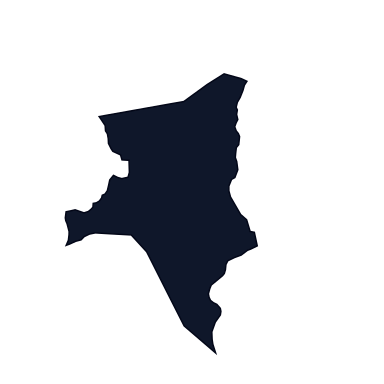 Arcoverde, Pernambuco, Brazil (Albers equal-area conic projection), rotated 129°
{"feature_id": "56859067B76130441403103", "entity_name": "Arcoverde", "entity_type": "district", "adm_level": 2, "iso_a3": "BRA", "parent_name": "Brazil", "parent_adm1": "Pernambuco", "projection": "albers", "projection_center": [-36.998, -8.376], "detail": "fine", "context": "isolated", "style": "filled", "palette": "ink", "viewbox_px": 384, "rotation_deg": 129, "n_neighbors": 0, "source": "geoboundaries", "source_scale": "gbopen_adm2", "svg_char_len": 1533}
<svg xmlns="http://www.w3.org/2000/svg" viewBox="0 0 384 384"><g transform="rotate(129 192 192)"><path d="M256.1,117.3L252.2,118.5L237.8,115.6L235.0,115.6L231.4,117.1L227.0,120.0L222.9,120.9L216.1,117.7L210.1,114.1L202.4,112.2L199.3,110.4L192.8,107.4L184.1,118.2L186.1,122.0L179.2,132.1L178.9,140.0L171.6,159.0L167.9,164.1L164.2,167.1L157.3,169.2L153.8,167.8L145.9,170.4L140.2,176.4L138.0,180.0L134.2,182.6L129.6,185.5L125.8,185.5L119.0,189.9L117.4,192.8L116.7,196.1L114.4,199.9L110.3,201.3L106.9,202.0L103.6,206.2L99.7,208.4L98.4,211.0L93.8,213.2L88.2,214.1L81.1,216.3L76.0,218.5L71.4,219.0L72.9,225.0L80.0,241.4L98.8,247.8L126.9,255.3L135.8,263.1L191.8,311.6L192.8,308.3L195.0,301.3L198.9,297.7L200.0,294.4L203.2,290.7L206.8,287.5L209.3,282.0L210.2,279.1L208.8,273.6L208.1,270.9L211.1,266.6L209.0,263.7L207.0,260.9L216.2,253.0L220.8,251.0L225.8,255.0L227.5,258.9L228.5,263.5L234.4,263.5L239.1,261.1L244.3,258.6L248.4,258.3L251.0,259.7L253.5,258.5L257.3,258.3L260.6,259.5L263.0,261.6L266.2,259.4L269.1,259.6L272.4,260.3L276.2,262.8L279.4,271.6L283.1,274.5L286.6,277.4L291.8,274.2L293.7,272.1L295.2,269.2L298.3,265.0L300.1,262.6L302.7,260.6L307.3,257.7L312.6,256.2L309.4,254.3L303.5,251.4L299.0,248.1L294.5,247.7L289.2,245.2L284.6,241.4L276.3,229.8L263.6,212.2L267.0,189.6L270.4,182.0L286.6,146.0L301.0,113.8L302.2,72.4L297.2,80.0L293.8,83.7L288.2,88.6L278.5,92.0L269.7,92.6L266.6,94.4L264.6,96.8L263.7,102.0L264.6,105.8L264.6,109.4L263.1,112.5L260.8,115.2L256.1,117.3Z" fill="#0f172a" stroke="#020617" stroke-width="1.5"/></g></svg>